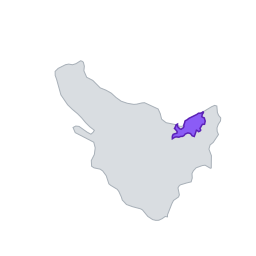 Dominican Republic, with Barahona highlighted, rotated 212°
{"feature_id": "DOM-1970", "entity_name": "Barahona", "entity_type": "Province", "adm_level": 1, "iso_a3": "DOM", "parent_name": "Dominican Republic", "parent_adm1": "", "projection": "robinson", "projection_center": [-71.169, 18.186], "detail": "fine", "context": "in_parent", "style": "filled", "palette": "violet", "viewbox_px": 256, "rotation_deg": 212, "n_neighbors": 0, "source": "natural_earth", "source_scale": "10m", "svg_char_len": 2412}
<svg xmlns="http://www.w3.org/2000/svg" viewBox="0 0 256 256"><g transform="rotate(212 128 128)"><path d="M47.8,170.4L48.1,160.9L49.4,157.1L48.2,153.0L42.6,148.7L39.2,143.1L36.2,138.2L36.9,137.5L42.9,137.3L45.1,135.5L49.1,130.4L49.9,126.4L49.6,123.3L47.0,119.6L45.9,115.8L49.2,112.4L53.5,107.5L54.0,105.6L53.9,103.7L49.0,98.5L48.6,96.3L51.0,90.7L50.7,87.0L48.5,75.3L47.4,73.6L49.6,72.6L51.0,69.2L53.0,66.1L55.5,64.4L58.5,63.4L64.3,63.5L72.3,66.2L74.6,66.1L82.3,63.7L88.7,62.3L94.7,63.9L97.1,66.0L102.1,69.3L104.6,70.3L112.4,70.2L114.6,70.5L121.2,76.0L126.7,78.2L129.9,78.3L135.7,76.2L138.6,76.3L141.9,81.0L142.5,87.7L145.3,93.8L149.5,97.8L170.3,96.1L174.9,99.3L173.3,102.0L170.4,103.4L160.5,102.8L156.2,103.1L155.3,105.8L155.3,108.2L161.1,108.8L166.8,110.1L172.5,112.0L178.4,113.4L185.0,114.3L191.5,115.7L202.4,120.5L214.4,131.5L217.6,134.0L219.8,137.4L218.8,141.6L214.5,148.6L212.1,150.8L208.6,152.2L206.2,155.0L203.8,159.9L202.4,160.3L200.7,160.1L197.8,157.3L195.7,153.1L189.9,149.1L183.1,149.7L172.9,147.3L166.8,148.4L160.6,148.7L154.3,147.5L148.0,147.1L141.7,148.6L135.6,151.1L133.4,152.7L129.4,156.7L127.4,158.2L112.5,160.1L108.2,157.2L104.2,153.3L98.5,152.7L90.2,155.8L85.0,156.9L82.9,158.2L82.3,159.7L82.2,165.3L81.1,168.6L73.0,181.3L68.4,190.3L66.5,193.1L64.3,193.7L60.4,188.5L57.8,186.7L54.7,185.7L53.3,183.0L53.4,179.1L52.6,175.3L50.6,172.4L47.8,170.4Z" fill="#d9dde1" stroke="#a8b0b8" stroke-width="1"/><path d="M88.1,157.6L87.8,157.1L87.5,156.5L87.2,156.0L86.7,155.6L86.1,155.3L84.0,154.8L83.0,154.8L82.2,155.1L81.9,156.0L81.7,156.5L81.3,157.3L81.2,158.0L81.3,158.7L81.5,159.1L81.9,159.5L82.2,160.1L83.0,163.3L83.3,163.8L83.3,164.5L82.3,166.1L81.5,168.4L76.8,176.0L76.3,177.3L76.1,177.8L75.7,178.2L74.7,178.7L74.0,179.3L73.6,179.9L73.3,180.6L72.9,181.5L72.6,181.4L72.4,181.3L72.3,181.1L72.2,181.0L72.2,178.8L71.4,176.7L69.9,176.7L68.7,177.0L66.2,174.8L65.1,171.8L65.5,171.3L66.0,171.1L66.5,170.9L66.8,170.3L66.9,169.2L66.8,168.2L66.8,165.8L65.2,164.8L65.4,163.3L66.3,162.2L67.6,162.6L68.8,162.4L68.0,159.2L67.3,155.9L69.5,155.4L72.0,156.4L74.6,155.6L76.3,153.2L76.5,151.3L77.3,149.8L78.2,149.2L79.0,148.6L79.6,147.6L80.4,146.9L81.9,146.3L83.2,145.3L84.0,143.9L84.7,142.4L85.6,143.7L86.1,144.7L86.3,146.5L85.3,147.9L83.8,149.4L84.0,150.1L84.2,150.7L84.7,151.1L85.3,151.4L87.0,151.9L88.4,152.3L88.3,153.1L88.5,154.3L88.9,156.2L88.1,157.6Z" fill="#8b5cf6" stroke="#5b21b6" stroke-width="1.5"/></g></svg>